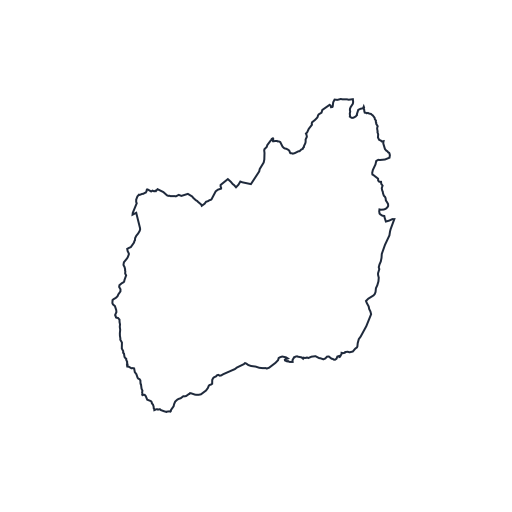 Certeju De Sus, Hunedoara, Romania, rotated 119°
{"feature_id": "2599482B85822746413379", "entity_name": "Certeju De Sus", "entity_type": "district", "adm_level": 2, "iso_a3": "ROU", "parent_name": "Romania", "parent_adm1": "Hunedoara", "projection": "robinson", "projection_center": [22.992, 45.969], "detail": "fine", "context": "isolated", "style": "outline", "palette": "slate", "viewbox_px": 512, "rotation_deg": 119, "n_neighbors": 0, "source": "geoboundaries", "source_scale": "gbopen_adm2", "svg_char_len": 6087}
<svg xmlns="http://www.w3.org/2000/svg" viewBox="0 0 512 512"><g transform="rotate(119 256 256)"><path d="M440.1,270.2L438.3,268.8L437.8,267.8L437.9,267.3L436.6,265.8L436.9,264.7L436.4,261.3L435.9,259.1L435.8,258.7L435.4,258.6L434.1,256.8L433.8,256.3L433.7,255.5L433.1,255.3L431.7,255.7L427.4,255.2L425.3,255.8L422.5,256.1L419.8,255.2L418.5,254.4L416.9,252.9L413.9,251.6L413.3,250.3L412.3,249.2L409.1,247.7L408.9,247.3L407.9,247.2L407.6,246.4L406.8,242.0L406.3,240.9L405.3,239.0L403.7,237.1L397.9,234.5L394.8,234.1L392.3,234.4L391.4,234.1L390.1,232.9L389.0,232.4L385.6,234.2L383.8,234.3L382.6,234.0L380.5,232.5L379.5,232.4L378.8,231.9L378.2,231.2L378.3,229.8L377.4,228.6L375.2,227.3L364.9,219.5L362.9,218.7L356.5,214.2L355.0,213.7L354.8,212.3L355.1,209.9L354.6,207.0L352.9,202.7L352.2,199.0L350.9,195.9L349.3,193.1L349.2,192.0L347.4,190.4L340.1,187.2L336.4,186.2L334.2,186.7L332.8,185.8L331.2,184.3L330.1,180.7L330.2,178.6L332.0,180.2L332.7,180.5L333.3,180.0L333.1,177.6L332.3,177.2L332.5,176.3L332.3,175.2L330.9,172.6L329.3,173.6L326.7,173.6L326.2,173.3L326.0,173.5L324.6,172.4L323.8,171.4L323.8,170.7L323.1,168.6L322.6,167.1L323.0,165.1L322.0,165.2L322.0,164.5L321.4,164.0L321.0,162.9L320.4,162.6L320.0,162.0L319.9,160.8L317.1,158.6L314.8,155.4L314.7,151.2L314.2,150.1L313.7,147.0L312.0,145.7L309.6,145.1L308.6,143.6L309.2,140.1L308.8,139.1L308.9,137.6L308.4,136.6L306.8,135.8L304.5,136.1L303.2,134.9L303.9,134.1L303.4,133.7L300.2,133.7L299.2,134.2L298.8,132.8L297.6,131.4L296.9,131.5L296.6,131.2L295.3,129.4L294.9,127.5L292.6,125.0L289.0,124.3L287.0,123.4L285.9,123.5L282.9,124.8L278.8,125.8L275.8,125.4L263.9,125.5L251.1,127.1L249.0,129.1L247.5,131.3L245.5,133.0L243.4,136.3L242.0,138.0L238.9,137.1L233.5,134.1L231.7,133.7L229.5,134.0L226.0,135.5L222.9,135.7L218.9,136.6L215.5,138.1L213.3,140.1L211.9,140.9L207.7,141.8L206.3,143.2L203.5,143.9L200.3,144.2L196.8,145.3L193.2,147.0L183.7,148.6L173.3,149.3L169.5,150.7L167.1,151.3L156.7,152.9L157.6,154.6L160.4,156.6L162.9,159.1L160.2,162.0L158.8,163.2L159.5,165.1L159.3,167.6L159.0,168.5L157.2,169.9L155.4,170.6L155.0,169.2L153.5,166.9L152.2,165.7L151.1,165.1L148.9,164.6L148.1,164.7L146.5,165.7L145.3,167.7L144.5,169.3L142.6,170.7L141.7,171.9L141.3,173.4L139.4,175.5L138.4,176.2L137.5,177.4L135.7,178.9L133.1,179.4L132.2,181.4L130.5,182.6L131.3,184.2L130.8,185.7L129.2,186.7L128.3,192.5L128.3,193.7L126.9,194.7L124.1,195.5L118.0,195.9L114.6,196.9L112.6,195.7L112.0,194.2L109.1,190.0L105.3,186.9L102.9,187.8L101.5,189.1L101.2,189.6L101.3,190.5L100.7,191.9L100.7,193.1L99.9,195.1L95.9,199.2L95.2,199.6L93.7,200.1L94.9,201.6L94.5,202.7L94.7,204.6L93.2,206.8L90.4,208.1L88.7,209.9L88.1,210.0L85.9,211.8L84.6,212.3L83.5,212.5L82.1,215.0L81.2,215.4L80.7,216.2L79.4,216.8L78.8,218.3L77.6,219.3L76.4,222.1L76.3,223.3L76.0,224.3L76.6,226.2L76.6,227.5L77.5,228.4L77.4,229.0L77.9,230.4L76.7,231.6L75.7,232.2L75.0,233.2L73.8,233.4L73.1,234.2L74.5,234.0L75.2,234.3L76.5,235.9L78.6,237.4L83.2,236.5L83.7,236.0L85.7,236.5L87.8,237.8L88.5,238.7L88.8,239.5L88.6,241.5L87.9,241.7L86.0,243.0L83.9,243.7L82.9,244.6L81.6,245.2L79.9,245.4L75.9,245.1L74.2,245.7L71.9,247.3L74.4,250.7L74.9,252.5L77.0,256.2L77.6,258.0L80.0,260.5L81.1,263.1L84.1,263.0L88.1,261.4L88.6,261.4L89.5,262.5L88.3,263.7L88.1,264.9L96.1,268.8L98.9,268.2L101.7,269.8L103.0,269.9L104.6,269.5L105.6,269.6L108.5,270.4L111.9,271.8L113.3,271.4L114.1,270.7L119.2,271.5L123.2,271.2L124.7,271.7L125.6,270.5L127.1,269.3L130.0,269.1L132.2,267.9L133.7,267.5L136.2,267.4L137.7,266.9L138.3,267.3L139.5,267.0L141.1,268.1L143.2,268.7L143.9,269.7L147.0,271.8L148.0,272.7L148.7,273.5L148.8,274.5L149.4,275.7L149.3,276.1L147.8,277.9L147.5,279.0L147.5,281.4L148.0,282.9L148.0,284.0L147.5,285.8L144.6,290.0L144.7,291.5L145.3,292.7L145.2,293.4L146.2,295.1L147.1,296.2L146.9,296.6L147.3,296.9L147.1,297.2L145.3,297.6L144.9,298.3L146.0,299.0L146.9,298.7L147.7,299.1L153.5,299.9L155.4,299.5L158.5,300.4L159.7,300.0L161.8,298.5L167.6,295.5L170.5,294.6L178.1,294.9L180.5,294.2L195.6,295.3L198.2,303.8L198.5,305.8L202.1,305.9L205.6,306.8L204.6,309.6L204.4,311.2L203.3,314.0L202.4,317.9L211.0,321.4L212.2,320.8L213.3,319.5L214.0,319.2L216.5,321.5L219.0,322.6L227.9,322.4L228.7,322.7L229.8,323.8L231.2,324.5L232.8,326.0L235.2,326.3L238.4,327.8L237.6,328.8L237.4,329.7L236.7,333.3L236.4,333.9L236.4,335.6L235.6,339.0L234.9,340.7L234.7,345.7L239.6,350.4L240.0,353.2L242.7,355.0L243.0,356.1L245.1,359.8L245.3,361.0L245.9,361.8L246.1,363.2L245.0,368.0L245.3,374.5L247.7,375.0L247.5,375.5L248.7,376.3L248.9,376.9L249.0,378.2L250.4,379.0L250.3,382.5L250.5,383.5L251.2,383.6L252.6,383.1L254.1,383.2L254.6,383.8L256.2,384.7L256.9,385.7L259.0,387.4L259.1,388.1L261.4,388.6L264.8,388.1L266.8,387.0L267.7,385.9L278.0,384.7L279.7,384.0L276.3,381.7L287.9,370.9L289.0,370.2L290.6,369.9L293.5,370.0L296.3,370.5L298.9,370.4L301.0,369.5L302.2,369.6L303.3,369.2L306.2,369.5L308.9,369.8L310.6,371.1L312.2,372.1L313.9,370.7L315.5,368.4L316.2,368.0L319.1,367.6L320.5,367.6L325.5,368.5L327.8,367.7L328.3,367.3L329.4,365.6L331.1,364.0L331.9,363.7L332.7,362.9L334.8,361.9L335.9,360.2L340.7,359.4L342.4,358.9L343.3,359.2L344.9,360.2L347.7,361.3L349.4,360.7L350.8,358.4L352.7,357.4L356.3,357.8L358.4,357.6L360.6,358.3L362.9,359.7L364.1,360.1L366.8,358.8L367.7,357.6L368.2,355.1L371.0,352.1L372.7,350.9L375.9,350.6L376.5,350.1L376.6,349.5L377.6,348.7L377.7,348.3L377.1,346.7L377.8,344.6L380.1,343.2L381.7,341.8L384.0,340.8L386.4,339.0L389.6,337.6L391.8,336.3L393.8,334.7L395.0,334.1L396.7,331.3L402.0,328.5L403.6,326.0L405.0,325.3L405.2,325.0L405.3,324.2L408.0,322.1L408.6,320.9L408.8,319.7L409.7,319.2L411.2,317.2L412.1,317.0L412.6,316.3L413.4,316.2L413.5,315.8L413.8,316.0L415.1,315.0L414.5,313.6L414.6,310.5L413.8,309.5L413.4,308.1L416.3,305.7L417.3,303.4L419.9,300.5L420.3,299.6L420.2,298.1L420.9,296.8L423.5,295.2L424.0,294.7L424.0,294.4L427.5,291.8L428.9,290.0L430.5,289.5L431.8,288.3L432.5,288.3L432.6,288.1L432.1,288.0L432.3,287.5L431.4,286.1L432.0,284.5L434.4,281.5L433.9,277.7L434.2,276.7L434.9,275.9L435.4,275.6L435.9,274.1L437.4,272.5L438.8,271.6L439.0,271.0L440.1,270.2Z" fill="none" stroke="#1e293b" stroke-width="2"/></g></svg>